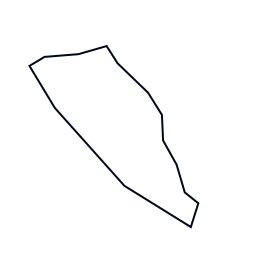 Sannat, Robinson projection, rotated 44°
{"feature_id": "MLT-5985", "entity_name": "Sannat", "entity_type": "state/province", "adm_level": 1, "iso_a3": "MLT", "parent_name": "Malta", "parent_adm1": "", "projection": "robinson", "projection_center": [14.254, 36.02], "detail": "fine", "context": "isolated", "style": "outline", "palette": "ink", "viewbox_px": 256, "rotation_deg": 44, "n_neighbors": 0, "source": "natural_earth", "source_scale": "10m", "svg_char_len": 335}
<svg xmlns="http://www.w3.org/2000/svg" viewBox="0 0 256 256"><g transform="rotate(44 128 128)"><path d="M242.0,155.6L165.6,172.1L61.5,164.4L14.0,151.8L18.5,134.9L41.0,109.4L55.7,83.9L75.6,88.7L118.0,88.7L143.3,95.0L161.9,112.6L188.4,120.6L213.6,134.9L230.9,133.3L242.0,155.6Z" fill="none" stroke="#020617" stroke-width="2"/></g></svg>